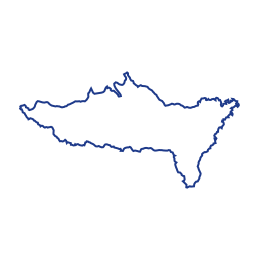 Antônio João, Mato Grosso do Sul, Brazil (Albers equal-area conic projection), rotated 4°
{"feature_id": "56859067B56102321418864", "entity_name": "Antônio João", "entity_type": "district", "adm_level": 2, "iso_a3": "BRA", "parent_name": "Brazil", "parent_adm1": "Mato Grosso do Sul", "projection": "albers", "projection_center": [-55.96, -22.223], "detail": "fine", "context": "isolated", "style": "outline", "palette": "blue", "viewbox_px": 256, "rotation_deg": 4, "n_neighbors": 0, "source": "geoboundaries", "source_scale": "gbopen_adm2", "svg_char_len": 5855}
<svg xmlns="http://www.w3.org/2000/svg" viewBox="0 0 256 256"><g transform="rotate(4 128 128)"><path d="M235.2,98.5L234.7,97.2L234.1,96.0L235.0,94.9L235.1,93.7L233.9,93.7L232.8,93.2L232.2,92.5L231.4,91.8L230.1,91.7L230.9,92.9L230.0,93.9L228.7,93.7L228.5,95.1L227.0,96.0L226.0,95.3L226.5,93.9L226.0,92.8L225.2,93.5L224.1,93.7L223.0,94.6L224.0,95.5L224.3,97.1L222.8,96.9L221.4,97.3L221.2,98.9L220.3,99.9L219.4,99.4L219.0,98.3L219.2,97.1L219.1,96.0L218.4,94.7L217.9,93.7L216.8,94.0L216.1,92.7L215.3,91.9L214.0,91.7L213.3,92.5L213.4,94.2L212.3,93.6L211.4,93.0L209.7,93.4L208.7,94.2L207.7,94.3L206.7,94.1L206.1,93.5L205.6,94.2L204.6,94.7L203.8,94.5L203.7,93.1L202.6,92.7L200.9,93.3L199.3,93.5L198.9,94.5L198.3,95.6L198.1,97.0L197.0,96.4L196.1,97.0L195.8,98.2L196.5,99.4L196.1,100.8L194.9,101.0L193.7,101.6L192.6,102.3L191.1,102.6L189.1,103.5L187.5,103.5L185.4,102.9L184.1,103.5L183.0,103.7L181.6,102.5L180.2,101.8L179.3,101.7L178.5,101.0L177.5,100.5L176.2,100.3L174.6,100.5L173.2,101.2L172.3,101.3L171.4,100.9L170.1,100.7L168.9,101.4L166.6,102.5L164.8,102.9L163.8,103.2L162.9,102.4L162.1,100.8L160.2,98.7L158.0,97.9L157.2,97.5L154.5,94.0L154.0,92.9L152.9,92.4L151.9,91.6L151.3,90.8L150.3,90.1L149.6,89.1L148.8,88.6L147.2,87.9L146.3,87.4L145.6,86.8L144.6,85.6L142.0,85.1L140.5,85.1L139.1,85.1L137.8,84.4L136.1,85.3L135.0,86.3L134.3,85.3L133.0,84.7L132.1,84.0L131.4,83.5L130.6,83.0L130.4,82.0L129.7,80.7L127.9,80.4L126.8,78.9L126.3,77.5L125.3,76.6L124.3,75.2L124.2,73.4L123.2,72.7L122.4,73.5L121.4,74.0L120.3,74.7L121.2,76.3L122.2,77.3L122.7,78.5L122.6,79.9L121.6,80.9L121.2,83.3L120.3,84.8L119.3,85.4L118.4,85.4L116.6,85.1L115.7,84.7L114.3,83.7L112.6,83.3L111.2,84.7L111.4,86.2L111.8,87.2L113.2,89.5L117.0,93.7L118.3,95.3L118.7,96.7L116.8,97.3L116.1,96.6L115.8,95.5L114.7,94.6L114.0,93.8L112.9,93.2L112.0,92.3L111.2,91.8L110.3,92.0L109.0,92.0L108.1,91.2L108.2,90.2L107.3,89.5L106.1,89.0L104.7,89.7L104.1,88.1L103.1,89.1L102.6,90.3L101.8,92.9L100.6,94.0L99.0,94.6L92.1,96.2L90.7,95.2L88.4,91.1L87.8,92.4L87.3,93.9L86.7,95.4L85.9,96.2L86.0,97.8L86.3,99.7L85.9,100.7L84.7,102.8L83.1,104.4L81.6,104.3L80.2,104.5L78.8,105.1L77.7,104.7L76.5,104.9L75.3,105.0L73.5,105.1L71.5,106.5L69.5,107.6L68.0,108.5L66.6,108.9L65.8,109.9L64.6,110.7L63.7,110.8L62.9,111.4L61.8,111.7L60.7,112.0L59.3,111.7L57.8,111.2L56.8,111.3L55.5,111.1L54.4,111.5L53.3,111.4L50.2,110.9L48.7,110.1L47.7,109.4L46.8,108.4L45.9,107.9L44.8,107.9L42.7,108.5L40.9,108.4L37.3,107.6L36.1,107.5L35.1,108.4L34.4,110.1L33.9,111.2L33.5,113.2L32.9,114.2L31.8,115.5L30.7,116.1L28.5,117.0L27.6,116.6L27.3,115.4L26.0,114.8L24.8,114.5L24.5,113.3L23.2,112.2L21.1,113.1L19.9,113.3L19.1,114.0L19.6,114.9L19.0,116.1L19.7,116.9L20.7,116.8L21.4,118.0L21.9,119.7L23.0,120.1L23.9,120.6L24.4,121.7L25.3,122.7L25.9,123.8L26.6,124.6L27.7,125.4L28.1,126.3L29.1,125.8L29.8,125.1L31.6,125.5L33.0,126.1L33.6,127.1L34.6,127.3L35.4,128.0L36.4,128.7L37.7,129.0L38.1,130.6L39.3,131.0L40.1,131.5L40.6,132.5L41.4,131.8L42.5,131.8L43.4,132.3L44.0,133.0L45.1,133.4L46.0,132.9L47.0,132.8L47.9,133.2L48.9,132.8L50.0,132.6L51.1,132.2L52.4,132.7L54.0,135.4L54.0,138.4L54.2,139.5L54.9,140.1L55.7,141.0L56.5,141.4L57.4,141.7L58.0,142.7L59.3,143.4L60.0,144.7L61.0,146.0L62.2,145.7L63.7,146.0L64.7,145.6L65.5,144.9L66.1,144.2L67.2,145.0L67.6,146.4L68.0,147.3L68.6,146.4L69.8,146.6L70.8,146.9L72.0,147.1L72.2,148.7L73.4,148.7L74.7,149.2L75.9,149.0L76.4,147.9L77.2,148.6L78.2,147.8L79.2,147.6L80.2,148.1L81.3,148.5L82.7,148.7L83.8,148.7L84.6,148.1L85.7,148.3L86.1,147.0L86.4,145.4L87.4,145.1L87.7,144.2L89.0,144.3L90.0,144.9L91.0,145.0L91.8,145.6L93.2,146.1L94.5,146.6L95.8,147.5L96.6,148.2L97.5,148.6L98.9,148.5L100.1,148.0L101.3,148.6L103.0,149.1L104.4,148.9L105.1,148.1L105.5,147.1L106.3,146.1L107.3,145.8L108.6,145.9L109.8,146.3L111.2,146.4L112.3,147.6L113.1,148.0L114.2,147.7L115.1,147.5L115.7,148.4L118.1,148.8L119.8,149.2L120.8,149.6L122.0,149.3L122.7,150.4L122.4,151.3L123.5,151.2L124.5,151.3L125.4,149.1L126.1,148.4L127.3,147.8L128.7,147.4L130.0,147.3L131.1,146.7L132.1,147.2L133.9,149.6L135.0,150.6L136.6,150.0L138.8,150.3L140.4,150.7L141.6,150.8L142.2,149.4L142.5,148.4L143.5,147.8L144.7,147.6L145.5,147.1L146.4,146.8L147.3,146.6L148.3,146.6L149.8,146.9L151.1,146.6L152.1,146.4L153.1,146.8L154.8,148.1L155.9,148.6L157.3,148.6L159.1,148.2L160.6,147.8L161.9,147.8L163.1,147.7L164.7,147.9L167.6,147.9L169.0,147.8L170.1,147.2L171.5,147.3L172.4,148.9L174.3,149.3L175.5,151.7L176.7,152.3L175.7,152.8L175.7,153.9L176.5,155.2L176.5,156.4L176.8,157.7L177.6,158.5L178.7,159.0L177.6,160.7L177.9,161.9L178.8,164.1L179.6,165.6L180.1,166.9L181.1,168.7L183.1,168.8L184.6,170.2L184.8,171.1L186.2,171.9L187.4,172.1L188.1,175.2L187.7,176.5L186.5,177.3L190.3,180.5L190.3,183.1L191.2,183.3L192.4,182.5L193.8,181.8L194.8,182.1L197.9,181.6L198.0,179.4L198.6,178.1L199.7,176.8L201.3,176.4L202.1,174.7L202.7,173.4L202.6,172.2L203.5,169.7L203.6,168.2L201.6,164.6L200.8,162.5L200.2,161.5L200.6,160.2L201.0,158.5L200.8,157.5L201.2,156.2L201.9,155.0L202.2,153.9L202.3,152.8L203.0,151.5L203.9,150.3L203.7,148.9L204.6,147.8L206.1,146.7L207.2,146.7L209.1,145.7L209.3,144.2L210.4,142.9L211.6,142.5L211.4,141.3L212.0,139.8L213.5,139.2L214.3,138.4L214.4,137.5L215.3,137.3L216.4,136.9L216.0,136.0L215.8,134.4L215.2,132.8L216.5,133.1L216.9,132.2L216.1,131.4L215.3,130.6L214.6,129.7L215.2,128.1L216.4,127.4L217.1,125.7L218.1,125.5L218.0,124.6L218.2,122.6L218.9,121.2L220.1,120.8L221.5,121.7L221.8,119.8L222.6,118.9L223.3,117.8L223.1,116.4L222.3,115.3L221.3,115.1L221.5,113.9L222.6,113.7L222.6,112.6L224.2,112.8L224.7,111.6L225.2,110.6L227.5,110.3L226.9,109.4L228.1,107.8L228.9,107.2L230.0,107.2L231.2,107.9L231.4,106.8L230.8,105.8L229.2,105.6L229.3,104.5L231.0,102.9L230.5,101.7L229.4,101.2L230.2,100.4L231.7,100.2L233.7,98.2L235.2,98.5ZM235.2,98.5L235.9,99.2L236.6,98.4L237.0,97.4L236.5,96.4L235.8,97.1L235.2,98.5Z" fill="none" stroke="#1e3a8a" stroke-width="2"/></g></svg>